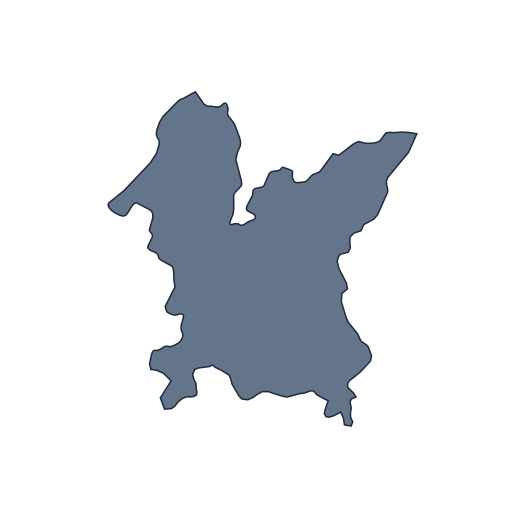 map outline of Osjecko-Baranjska (Mercator projection), rotated 114°
{"feature_id": "HRV-1603", "entity_name": "Osjecko-Baranjska", "entity_type": "County", "adm_level": 1, "iso_a3": "HRV", "parent_name": "Croatia", "parent_adm1": "", "projection": "mercator", "projection_center": [18.514, 45.561], "detail": "fine", "context": "isolated", "style": "filled", "palette": "slate", "viewbox_px": 512, "rotation_deg": 114, "n_neighbors": 0, "source": "natural_earth", "source_scale": "10m", "svg_char_len": 4168}
<svg xmlns="http://www.w3.org/2000/svg" viewBox="0 0 512 512"><g transform="rotate(114 256 256)"><path d="M349.3,110.8L351.1,110.7L356.1,107.2L362.0,105.5L365.3,103.6L368.2,100.2L372.6,99.9L374.3,106.5L369.2,109.8L366.9,112.0L364.2,115.1L370.3,120.0L373.4,123.4L374.3,126.7L372.1,129.5L368.4,130.3L359.0,131.2L358.2,142.8L357.6,145.2L356.5,147.0L356.0,148.8L357.1,151.4L361.6,156.1L363.7,159.7L372.3,170.3L373.6,176.7L374.9,189.6L377.3,195.0L381.4,198.2L386.4,201.2L390.7,205.0L392.4,211.0L390.8,214.6L382.7,225.9L379.4,228.3L375.9,231.9L374.6,239.8L374.3,247.7L373.3,251.4L375.8,253.4L381.7,263.0L384.5,265.8L390.0,265.7L393.8,262.7L396.8,259.1L401.9,256.4L404.4,254.6L407.1,253.8L409.8,255.8L411.6,259.1L412.5,261.3L413.8,263.2L416.8,265.8L421.7,268.1L426.0,269.0L429.8,271.2L433.1,277.3L424.5,285.7L407.0,283.1L404.6,282.7L400.7,293.2L400.9,300.9L402.4,305.9L397.8,309.4L387.8,311.5L385.1,311.4L383.6,310.6L383.3,309.6L382.8,308.7L382.3,307.8L380.8,306.1L379.9,305.3L376.6,303.2L375.7,302.4L375.0,301.4L374.5,300.4L374.0,298.4L373.7,297.5L372.6,296.1L370.9,294.3L367.0,291.4L364.3,290.3L360.7,290.0L358.9,290.4L357.3,291.1L356.1,291.9L354.5,293.8L352.6,295.0L349.9,296.1L341.6,297.4L339.9,298.0L339.2,298.9L339.2,299.9L339.3,300.9L340.0,302.1L342.3,304.8L342.9,305.7L343.3,306.7L343.6,309.7L343.6,312.2L343.3,314.7L341.4,316.6L338.8,318.5L317.4,317.4L311.7,321.0L304.8,324.3L301.8,326.1L299.9,327.7L299.5,329.1L299.3,330.6L298.5,340.6L298.1,342.6L297.4,343.9L295.4,345.5L294.6,346.3L294.1,347.4L293.8,348.8L293.7,350.4L293.8,352.4L293.8,354.6L293.2,357.2L292.3,358.3L291.2,358.7L280.6,358.4L279.0,359.2L277.8,360.7L277.0,362.3L275.6,364.0L262.9,365.8L259.7,367.4L257.7,369.3L257.1,371.4L256.9,373.0L256.1,385.1L256.1,386.8L256.3,387.3L257.0,388.1L258.4,388.9L260.0,389.5L269.9,390.9L271.6,391.5L273.1,392.8L273.8,394.5L274.2,397.0L274.0,402.2L273.5,404.8L272.9,407.2L271.4,410.1L270.0,411.5L268.4,412.1L267.2,412.0L265.1,410.9L250.2,403.3L213.8,390.4L203.0,388.7L195.1,389.6L191.5,390.6L189.3,392.1L188.0,394.3L185.6,396.4L181.8,397.8L172.6,398.5L165.9,397.5L146.2,390.2L143.6,388.6L142.7,387.6L142.4,387.2L142.2,387.0L130.7,378.2L138.5,365.2L138.9,361.1L138.2,359.8L137.4,358.0L136.6,354.5L135.9,352.5L135.1,350.9L134.3,349.9L131.7,348.3L129.3,347.3L128.9,346.0L129.0,345.0L129.6,344.2L130.4,343.3L131.2,342.6L132.2,341.9L133.2,341.3L134.3,340.9L136.4,340.5L138.0,339.6L139.5,337.9L143.3,330.8L144.6,328.9L154.7,319.0L158.0,316.5L161.5,315.2L169.0,315.1L175.0,313.8L176.7,313.2L193.3,299.9L196.4,298.2L198.7,298.2L206.1,300.9L209.1,301.2L209.6,301.1L222.5,295.3L227.2,294.0L233.7,293.8L236.8,293.2L237.6,292.6L237.6,291.7L235.5,288.9L234.6,287.3L233.9,285.4L234.1,282.9L233.7,281.5L232.9,280.3L227.1,276.4L224.1,273.2L223.0,272.5L221.8,272.3L220.8,272.3L220.2,272.6L219.5,273.3L219.0,274.3L218.6,276.1L218.4,280.7L218.2,282.1L217.6,283.3L216.1,284.2L214.2,284.6L202.0,283.9L200.3,284.3L197.8,285.2L196.5,285.2L195.3,284.7L194.2,283.6L190.9,279.0L190.0,278.1L189.3,277.6L188.5,277.3L176.0,277.5L174.5,277.2L173.1,276.5L171.9,275.1L169.3,270.8L168.1,269.5L166.9,268.8L165.7,268.5L164.8,268.2L163.9,267.4L163.4,259.7L163.5,258.2L163.8,257.2L164.3,256.8L168.4,255.3L170.3,254.1L172.4,251.3L172.7,249.4L171.7,247.2L170.7,245.2L167.9,241.0L165.6,239.7L160.0,238.0L158.2,237.0L154.8,233.4L153.3,232.3L151.3,231.5L131.1,227.2L130.5,222.2L130.0,221.6L129.3,220.8L114.8,213.0L111.5,210.6L109.5,208.4L109.1,205.3L108.6,202.7L107.6,199.6L105.1,194.6L103.1,191.9L101.2,190.1L99.5,189.3L91.2,187.6L90.0,186.5L88.6,184.1L87.3,180.3L83.9,174.1L81.1,167.1L79.0,159.1L78.9,158.8L99.3,158.8L130.3,167.5L133.8,167.5L137.0,166.2L142.0,162.5L144.6,161.7L168.9,161.7L174.4,163.4L183.5,170.3L190.2,170.3L195.3,175.9L200.3,177.8L205.4,175.8L210.2,173.1L215.0,173.2L219.9,179.5L220.0,179.6L221.9,180.1L223.9,180.3L225.9,180.1L228.1,179.5L233.7,175.1L244.0,162.4L248.8,159.1L255.4,162.3L263.1,159.4L275.8,148.4L279.4,144.1L285.8,131.5L290.2,126.5L290.6,126.4L291.4,123.8L292.3,118.7L293.4,116.5L300.1,109.9L305.6,108.7L320.2,113.8L331.9,119.9L335.5,120.4L338.6,118.7L339.9,115.7L341.2,111.8L344.1,107.3L348.0,110.8L349.3,110.8Z" fill="#64748b" stroke="#1e293b" stroke-width="1.5"/></g></svg>